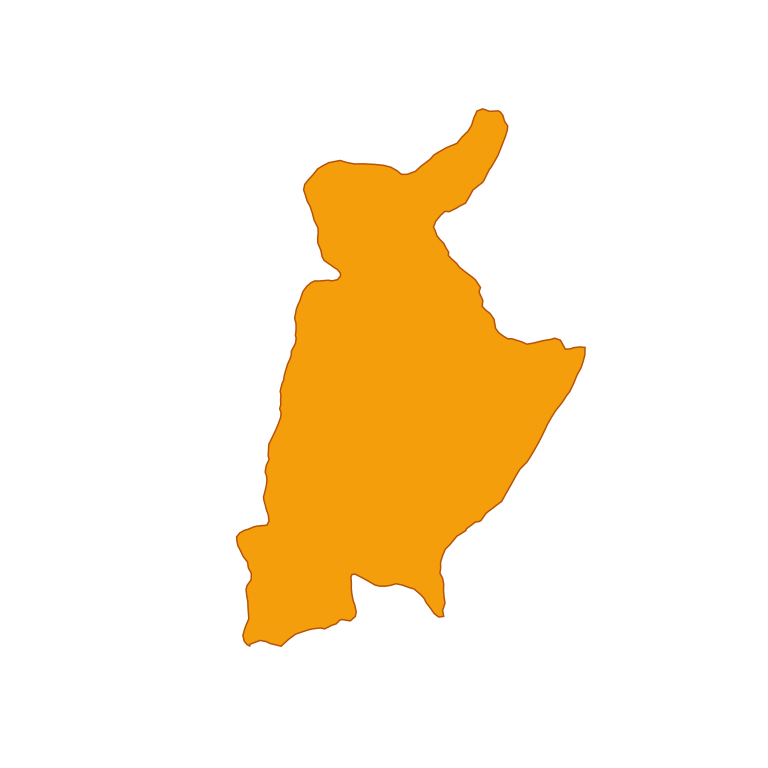 Kalbajar District, Kəlbəcər, Azerbaijan (Albers equal-area conic projection), rotated 119°
{"feature_id": "54616110B37358032697149", "entity_name": "Kalbajar District", "entity_type": "district", "adm_level": 2, "iso_a3": "AZE", "parent_name": "Azerbaijan", "parent_adm1": "Kəlbəcər", "projection": "albers", "projection_center": [46.209, 40.052], "detail": "fine", "context": "isolated", "style": "filled", "palette": "amber", "viewbox_px": 768, "rotation_deg": 119, "n_neighbors": 0, "source": "geoboundaries", "source_scale": "gbopen_adm2", "svg_char_len": 3836}
<svg xmlns="http://www.w3.org/2000/svg" viewBox="0 0 768 768"><g transform="rotate(119 384 384)"><path d="M458.1,234.1L456.4,233.0L447.7,232.1L444.5,230.8L442.6,229.9L436.1,227.1L433.2,225.8L429.7,224.2L420.8,224.2L419.2,224.2L409.7,224.1L399.2,224.1L392.5,223.8L382.7,221.1L376.7,220.7L376.1,220.7L370.8,220.5L360.9,220.4L350.0,220.8L339.8,221.5L332.4,221.4L324.4,221.0L313.5,219.2L305.9,218.7L300.5,217.9L291.7,218.4L282.6,219.5L274.5,219.5L268.0,220.7L261.2,222.4L254.5,225.9L255.1,227.2L256.9,231.0L260.0,235.4L263.2,238.4L265.6,242.3L262.3,247.5L260.1,251.0L261.2,256.9L264.3,259.9L269.4,266.4L275.6,273.0L279.9,278.3L280.3,283.8L281.5,289.5L282.5,294.4L284.4,297.4L284.3,302.5L283.5,308.6L281.3,313.3L277.7,316.2L274.0,319.2L270.9,325.5L270.1,330.6L268.5,335.7L263.0,338.1L257.5,345.5L252.8,346.4L248.6,354.5L247.8,358.3L246.3,369.0L245.2,375.0L243.4,378.8L241.7,386.0L240.4,390.0L237.3,391.4L235.0,395.7L232.1,399.7L230.5,405.2L228.6,409.7L225.0,413.6L222.9,416.7L216.6,417.7L208.8,416.2L203.5,414.4L201.7,410.5L196.6,407.0L195.7,406.3L191.9,404.2L186.3,400.4L178.0,400.2L171.3,400.3L164.6,397.6L159.9,395.5L156.8,395.3L145.0,395.9L143.1,395.4L135.1,395.2L128.4,395.2L117.2,396.7L109.0,397.8L102.2,399.2L98.5,400.8L95.7,406.0L91.5,410.2L89.7,414.2L89.7,416.5L94.3,423.8L95.5,431.1L100.2,435.0L107.7,434.4L115.3,432.8L122.1,433.1L130.5,435.6L138.2,436.9L146.8,443.8L153.6,448.0L159.2,451.3L165.3,452.7L175.5,457.2L182.9,459.7L189.4,465.4L192.2,470.4L191.1,476.1L191.1,483.2L193.0,490.5L196.8,499.4L198.6,502.9L201.3,508.5L205.8,516.4L208.2,523.5L209.8,530.8L213.2,534.9L217.3,539.7L223.2,543.6L228.1,546.3L235.7,547.6L242.7,549.3L247.8,550.1L252.1,548.8L253.2,548.4L256.7,544.5L260.9,540.3L264.6,534.6L269.8,529.0L274.3,524.9L279.5,517.4L283.9,514.7L288.7,512.7L292.8,510.2L297.7,504.0L302.5,500.0L305.0,496.3L305.6,489.9L306.3,484.0L306.5,480.1L308.2,475.9L310.7,474.4L315.3,475.3L318.8,479.2L320.3,483.1L322.6,486.6L325.2,490.4L327.5,494.6L330.5,496.8L335.7,498.8L342.2,499.7L346.7,499.0L351.5,498.0L356.9,497.6L361.2,496.9L365.0,495.6L369.7,494.1L373.9,490.2L377.0,488.4L380.7,486.5L384.4,485.1L386.5,483.0L391.3,481.2L395.9,481.0L400.1,481.0L403.8,479.1L407.6,478.4L413.6,477.9L418.4,476.8L421.1,476.3L425.3,475.2L429.1,473.7L432.7,473.4L436.7,472.4L440.8,471.2L443.3,469.0L448.1,466.7L452.0,464.3L456.3,463.2L458.8,460.2L463.0,458.3L469.3,457.2L476.2,456.4L485.0,455.9L492.6,455.5L497.2,453.3L503.1,450.4L505.6,447.9L512.2,447.5L516.1,446.2L518.8,445.1L520.3,443.3L521.4,442.1L524.8,439.8L530.3,437.5L535.9,436.0L541.3,434.6L544.1,432.5L547.3,429.3L550.7,426.2L554.8,421.5L559.8,418.1L564.3,418.0L566.8,421.7L570.1,426.5L572.4,428.9L576.8,432.3L579.8,435.3L584.3,438.0L589.2,438.8L592.4,436.7L596.1,433.6L599.4,428.7L603.2,423.4L605.9,417.0L610.6,413.5L613.9,408.3L619.6,405.3L626.6,406.1L630.5,405.1L635.7,401.4L640.5,397.5L643.2,395.9L645.2,394.7L654.9,388.4L662.1,387.7L666.7,386.9L672.4,385.5L676.7,381.6L678.3,377.4L678.3,374.5L676.4,374.9L673.7,372.6L668.3,368.0L666.5,362.5L666.1,357.3L664.2,350.8L663.3,346.9L654.8,344.1L651.6,342.8L645.6,340.0L640.7,335.6L635.5,330.8L632.4,327.2L628.1,321.2L627.0,317.2L620.2,312.6L616.9,309.5L611.9,308.2L610.3,306.4L607.5,298.6L601.2,296.4L596.8,297.8L591.7,302.2L588.4,306.0L583.1,310.4L578.5,313.6L573.8,316.1L568.9,319.3L566.2,319.7L564.3,317.2L564.0,307.5L564.0,301.8L564.2,294.5L562.9,289.8L560.3,285.0L557.0,280.7L552.9,276.7L551.1,271.1L549.8,263.1L548.7,258.4L550.3,250.4L552.0,245.1L554.7,241.2L558.1,233.6L560.5,228.7L561.3,223.2L558.3,219.1L557.7,219.6L553.8,222.9L546.1,224.4L540.5,228.7L535.3,232.1L530.0,234.8L525.4,238.7L522.3,243.4L517.6,245.2L512.5,248.1L506.0,249.5L498.9,250.3L492.5,248.5L487.8,247.6L481.8,246.5L477.2,243.9L472.7,241.4L470.6,241.7L465.6,239.4L465.4,239.3L460.6,237.3L458.1,234.1Z" fill="#f59e0b" stroke="#b45309" stroke-width="1.5"/></g></svg>